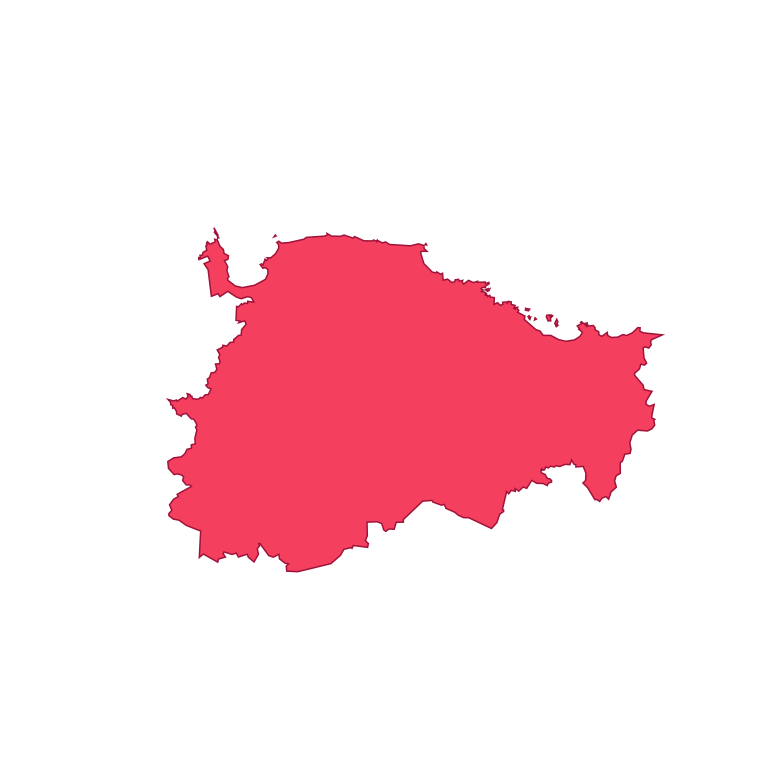 outline of La Huerta, Jalisco, Mexico, rotated 143°
{"feature_id": "50627088B67615476566962", "entity_name": "La Huerta", "entity_type": "district", "adm_level": 2, "iso_a3": "MEX", "parent_name": "Mexico", "parent_adm1": "Jalisco", "projection": "robinson", "projection_center": [-104.926, 19.493], "detail": "fine", "context": "isolated", "style": "filled", "palette": "rose", "viewbox_px": 768, "rotation_deg": 143, "n_neighbors": 0, "source": "geoboundaries", "source_scale": "gbopen_adm2", "svg_char_len": 6185}
<svg xmlns="http://www.w3.org/2000/svg" viewBox="0 0 768 768"><g transform="rotate(143 384 384)"><path d="M574.3,293.1L566.0,286.1L534.5,272.5L521.9,273.4L515.5,276.1L508.7,273.2L508.5,272.0L505.6,273.4L495.4,263.4L492.5,266.0L493.2,270.0L488.6,272.9L480.7,283.9L472.4,278.1L469.8,273.9L472.0,267.6L471.3,265.3L467.1,265.1L463.3,261.9L457.4,266.2L451.7,262.0L450.1,264.1L423.6,267.2L415.7,262.1L416.0,260.3L411.0,252.6L408.2,251.4L409.4,247.4L404.7,239.1L403.7,234.6L400.8,229.3L396.8,226.2L385.1,203.9L377.3,205.4L369.9,210.4L365.2,210.2L364.3,211.4L365.1,212.4L350.8,224.3L350.5,221.3L346.4,222.5L343.8,219.3L342.3,221.6L340.8,217.3L335.0,218.0L332.8,214.8L324.0,218.1L321.9,212.9L316.9,208.9L314.7,204.6L312.4,206.0L309.3,204.8L308.4,205.7L308.4,208.0L310.3,210.3L309.8,214.9L311.8,218.5L310.2,221.1L308.9,221.3L309.3,219.8L307.4,218.8L304.9,220.5L303.3,218.1L300.6,218.2L297.8,215.1L296.2,215.5L293.2,212.3L287.6,210.8L284.1,207.7L279.9,210.4L280.6,205.8L279.4,204.1L280.7,202.3L274.5,198.3L276.4,191.2L281.1,185.6L284.7,185.2L283.8,178.5L285.2,164.7L283.5,163.6L282.4,160.4L278.6,161.6L274.5,160.6L273.9,156.8L267.7,161.1L260.5,161.8L258.2,167.8L253.8,171.0L249.0,170.4L243.0,178.7L239.9,179.0L233.9,183.0L229.3,180.5L226.1,183.1L223.0,189.2L216.5,193.8L209.3,194.5L201.8,187.9L197.0,187.0L192.6,188.2L190.2,192.9L189.0,192.8L190.4,195.4L189.8,197.0L180.5,205.1L185.3,206.4L187.0,210.1L184.8,212.7L174.4,216.8L179.6,223.0L177.8,227.2L178.6,239.8L177.7,241.7L170.9,242.3L167.0,245.3L164.5,242.3L161.7,242.6L160.7,248.3L155.4,256.8L153.2,256.6L151.0,253.4L147.1,254.4L145.4,257.6L143.4,258.3L132.1,255.7L146.3,269.0L147.8,272.3L145.6,274.8L147.4,276.3L154.5,275.4L160.9,276.6L163.5,279.7L169.2,280.8L174.4,284.3L176.2,288.3L174.6,290.8L181.3,291.0L182.8,293.7L181.1,296.5L182.8,300.4L181.5,302.0L181.6,304.8L187.3,308.0L186.1,308.4L187.4,309.2L188.8,314.9L189.8,314.9L189.3,313.2L194.7,314.1L194.6,310.3L195.5,310.5L194.5,306.4L195.8,305.2L198.9,304.1L205.4,304.6L213.1,308.7L217.8,314.3L221.5,322.4L227.6,327.1L227.5,332.4L230.0,336.0L233.1,351.1L230.6,353.4L234.1,360.9L232.0,361.7L232.3,364.4L231.1,364.8L232.8,365.8L234.1,364.9L234.8,366.4L232.0,367.8L234.4,371.0L233.0,373.2L235.0,375.2L236.9,374.4L236.6,375.7L240.1,377.9L241.1,376.1L243.7,376.8L244.4,380.6L248.2,381.4L243.9,386.6L246.9,389.6L246.1,391.1L248.7,391.5L248.0,392.5L249.5,393.8L247.2,394.6L249.0,394.7L248.0,396.3L250.5,399.2L248.3,399.3L249.2,401.8L247.4,402.0L245.0,399.9L244.7,401.0L239.7,400.8L239.1,402.0L242.6,403.2L241.8,404.5L248.0,408.9L247.4,409.7L251.6,411.2L254.1,415.9L260.2,415.9L260.1,418.6L258.8,419.4L262.0,420.8L261.4,422.7L264.5,424.4L265.9,423.2L268.7,424.1L270.1,429.5L274.3,431.3L270.6,437.2L272.7,437.5L274.4,441.8L275.6,441.5L278.1,444.2L279.7,456.1L275.8,466.8L274.3,467.5L269.8,464.1L270.5,467.9L268.8,470.7L272.1,475.2L279.8,478.5L295.6,492.1L297.2,496.5L300.4,497.7L302.6,502.2L303.6,501.9L302.9,503.0L304.6,503.0L305.6,505.3L307.0,505.1L313.9,510.5L318.8,519.5L320.8,519.0L326.3,527.0L329.8,528.1L336.9,533.7L338.9,538.5L339.6,537.1L342.2,537.7L357.9,547.9L360.8,547.8L375.0,554.3L381.1,558.2L382.1,561.4L384.5,561.5L384.3,559.0L386.2,555.9L392.3,553.3L398.5,552.9L401.3,555.1L401.2,553.8L403.4,553.3L403.8,555.3L409.0,551.9L409.4,553.6L411.0,553.9L411.1,549.3L408.8,548.5L407.9,545.3L410.4,541.8L415.7,538.9L428.0,540.8L439.1,546.2L443.8,551.8L446.2,560.6L445.7,562.3L443.3,563.0L441.3,569.0L438.2,571.8L437.1,578.6L433.7,577.4L431.0,580.1L433.2,584.5L431.3,588.1L432.1,592.8L430.4,599.6L432.1,601.5L433.0,599.1L438.7,600.3L439.4,603.9L441.1,603.3L441.0,601.7L443.2,601.5L445.1,597.4L449.1,598.1L451.8,596.2L453.5,597.5L454.9,595.2L455.9,596.4L456.9,594.7L447.8,592.2L448.9,586.8L455.3,588.4L455.7,581.1L469.1,557.9L462.2,556.0L462.4,552.5L453.0,552.0L449.6,542.4L446.7,538.0L440.2,535.8L437.9,532.6L438.7,527.7L443.1,532.1L444.4,530.4L446.8,532.7L449.1,532.4L449.5,533.9L453.7,533.2L455.0,534.7L463.9,523.9L461.1,521.0L463.1,520.4L457.3,518.3L458.1,514.7L465.0,513.1L468.7,509.0L470.8,510.3L477.4,509.9L478.8,507.9L482.0,509.9L486.6,508.9L489.4,511.9L490.9,510.5L496.7,511.6L497.5,506.0L500.1,504.9L501.5,500.4L503.6,499.3L506.5,501.4L508.7,496.3L512.0,495.1L515.3,496.9L519.4,494.2L522.2,494.2L524.4,490.0L527.0,490.3L526.9,487.2L525.1,484.2L530.7,481.3L533.4,483.0L537.6,482.2L538.4,483.6L541.8,483.8L545.8,487.6L544.8,490.0L546.0,490.6L545.2,492.3L547.0,494.7L548.1,491.9L551.3,491.2L552.9,494.3L559.6,494.8L559.4,496.1L562.3,497.2L565.8,501.7L565.5,497.6L566.8,495.9L565.8,494.1L567.3,491.8L565.9,491.3L566.1,487.3L567.6,484.9L565.2,480.3L563.4,481.2L559.6,479.5L558.9,472.2L557.1,470.4L557.6,465.8L558.6,463.3L560.4,463.1L561.1,459.9L567.9,454.3L570.7,449.8L574.6,451.4L576.3,448.6L580.7,450.4L585.1,448.1L589.9,447.9L596.4,451.6L603.3,452.2L606.9,446.3L606.1,437.9L603.2,436.7L600.5,433.3L599.9,430.4L602.9,428.1L602.7,422.5L599.8,420.2L599.4,418.1L615.6,420.4L616.0,417.9L621.3,418.6L628.0,416.6L629.5,410.8L633.8,410.0L635.0,408.3L633.5,402.8L629.7,398.7L627.0,390.1L618.9,376.9L635.9,356.6L630.6,356.9L624.0,341.8L621.6,343.8L614.8,341.2L614.5,345.3L612.8,346.2L608.0,339.4L603.8,337.8L604.4,333.4L595.7,330.4L596.6,327.4L594.9,320.1L586.7,323.6L584.4,328.7L580.9,329.6L580.1,331.9L579.1,331.4L579.3,316.3L576.6,312.3L570.5,311.2L572.7,307.3L570.8,300.3L568.5,297.9L571.7,297.3L574.3,293.1ZM213.9,340.1L215.0,335.6L212.8,334.1L209.8,339.3L212.6,340.9L213.9,340.1ZM211.9,326.1L209.7,326.2L210.3,327.4L207.8,329.0L207.1,331.7L211.1,329.7L211.9,326.1ZM224.5,355.5L222.6,356.1L225.4,359.2L226.6,357.8L224.5,355.5ZM427.9,602.8L427.0,602.8L425.8,611.2L426.8,607.9L428.2,607.2L427.9,602.8ZM223.5,345.9L225.2,344.5L223.2,344.2L223.5,345.9ZM245.7,395.9L244.2,395.3L242.3,396.3L245.2,396.8L245.7,395.9ZM381.1,568.4L383.2,567.7L381.1,567.2L381.1,568.4ZM208.7,338.1L210.0,337.3L210.0,336.6L208.2,337.0L208.7,338.1ZM228.7,347.8L227.1,348.9L228.8,349.0L228.7,347.8ZM267.5,470.6L266.3,469.4L266.1,471.0L267.5,470.6ZM228.5,351.1L228.0,349.8L227.1,349.9L227.1,351.2L228.5,351.1ZM186.3,311.1L185.9,309.4L185.0,310.5L186.3,311.1ZM246.4,398.2L245.7,396.9L244.1,397.6L246.4,398.2ZM427.9,602.6L429.0,600.6L428.0,600.2L427.9,602.6Z" fill="#f43f5e" stroke="#9f1239" stroke-width="1.5"/></g></svg>